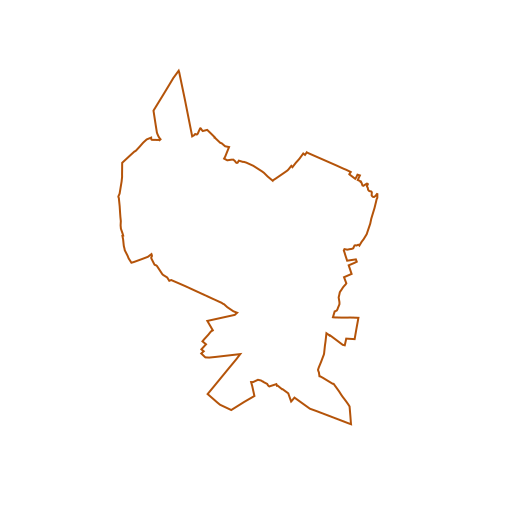 Chisineu-Cris, Arad, Romania (Equal Earth projection), rotated 316°
{"feature_id": "2599482B81986259472727", "entity_name": "Chisineu-Cris", "entity_type": "district", "adm_level": 2, "iso_a3": "ROU", "parent_name": "Romania", "parent_adm1": "Arad", "projection": "equal_earth", "projection_center": [21.526, 46.496], "detail": "fine", "context": "isolated", "style": "outline", "palette": "amber", "viewbox_px": 512, "rotation_deg": 316, "n_neighbors": 0, "source": "geoboundaries", "source_scale": "gbopen_adm2", "svg_char_len": 4609}
<svg xmlns="http://www.w3.org/2000/svg" viewBox="0 0 512 512"><g transform="rotate(316 256 256)"><path d="M216.7,431.8L217.6,430.7L218.8,429.2L219.3,426.7L219.8,423.5L220.2,420.3L220.5,417.5L220.9,415.1L221.7,411.2L222.5,405.7L222.7,404.0L223.0,402.3L223.0,401.8L222.4,401.2L219.5,390.1L218.6,387.2L218.3,386.9L218.1,386.6L219.2,385.1L220.4,383.4L221.1,381.7L221.5,381.0L222.0,380.7L223.9,379.7L229.2,377.4L233.2,375.5L236.4,374.0L237.4,373.3L243.5,368.2L246.6,365.8L253.0,360.5L253.3,362.0L253.7,364.5L254.1,364.4L254.5,366.6L255.6,373.4L256.4,378.5L256.7,380.2L257.8,381.9L260.1,380.4L262.5,378.8L263.5,378.1L269.2,384.3L277.7,378.1L285.5,372.5L286.4,371.8L286.7,371.6L283.1,367.8L281.0,365.7L275.8,360.8L269.4,354.3L268.8,353.5L274.1,350.5L274.8,350.9L276.4,351.3L277.6,350.9L279.2,350.1L280.9,349.4L282.6,348.6L284.0,347.1L286.4,343.6L286.7,343.2L289.2,341.6L291.1,340.3L291.8,340.1L293.8,339.7L296.8,339.0L298.4,338.8L300.6,338.7L302.0,338.4L304.6,332.4L312.3,335.3L316.2,327.1L322.2,329.4L324.5,330.1L325.5,327.8L318.3,322.7L319.4,320.4L320.9,317.3L322.1,315.0L323.0,313.0L324.4,312.5L326.1,314.9L328.5,316.4L328.8,316.7L329.8,317.4L331.3,318.0L333.0,317.3L334.2,316.9L334.6,317.1L335.0,317.4L335.6,318.3L336.8,318.7L337.3,318.9L337.7,319.3L337.6,320.2L337.6,320.3L341.0,319.4L342.1,319.1L345.0,318.7L350.8,317.2L352.5,316.3L360.6,312.1L364.9,309.2L374.6,303.8L380.3,300.2L382.1,299.0L383.7,298.4L386.3,295.8L386.1,295.4L383.8,295.8L382.0,295.6L381.3,294.9L381.1,293.8L381.3,292.7L383.6,290.6L383.7,289.6L382.6,288.0L382.6,287.0L382.7,286.1L383.6,284.9L383.9,284.2L384.1,283.2L384.4,282.7L385.7,282.3L386.4,282.0L386.4,281.5L386.0,280.9L384.1,280.5L382.0,280.1L381.6,279.2L382.2,277.9L382.9,276.3L382.7,275.5L383.2,275.2L382.0,272.0L386.7,270.2L385.5,268.0L382.8,269.0L382.1,269.2L381.0,269.4L379.9,262.3L379.9,262.0L380.2,261.9L382.5,261.4L382.3,260.8L380.6,256.2L379.8,254.5L378.6,251.5L376.8,246.9L371.8,234.7L366.9,222.8L364.5,216.9L364.5,216.7L361.5,217.3L361.2,215.1L354.8,216.2L352.5,216.4L349.5,216.6L343.9,217.4L344.0,215.7L339.4,216.3L337.9,216.3L334.7,215.8L324.0,214.0L320.5,213.3L320.3,213.4L319.6,206.9L319.5,201.7L319.1,199.3L316.7,189.2L313.9,182.1L312.7,179.9L312.0,179.3L309.9,175.5L307.6,176.1L306.9,175.8L306.6,175.2L306.6,174.6L306.8,173.0L306.6,170.9L305.3,169.7L301.8,167.2L300.7,163.8L302.9,163.1L312.3,158.9L310.0,155.6L309.6,151.0L308.9,149.8L308.6,142.9L308.4,142.2L308.8,142.1L308.7,137.1L308.5,131.4L304.5,129.1L304.5,128.4L304.7,126.8L304.9,126.1L304.8,125.6L304.4,125.4L301.1,126.7L299.5,127.4L298.6,127.6L297.8,127.5L297.0,126.0L296.4,126.0L296.1,126.1L295.8,126.2L294.9,126.0L294.1,125.8L293.2,125.6L313.3,94.4L328.3,70.6L328.5,70.2L329.1,69.0L321.0,70.4L320.7,70.4L311.4,72.9L302.3,75.3L283.3,80.2L283.1,80.4L274.7,92.3L270.5,98.3L269.8,99.8L268.9,102.3L268.5,104.2L268.4,105.7L267.0,105.7L266.9,105.3L266.7,105.0L266.2,104.5L265.0,103.3L262.1,100.4L261.8,100.1L261.7,99.8L261.7,99.7L261.8,99.2L262.1,98.8L262.8,98.0L258.8,96.4L258.3,96.2L257.7,96.2L254.6,96.1L253.4,96.1L250.9,96.3L248.6,96.5L243.4,96.8L242.3,96.8L242.1,96.8L241.8,96.7L241.4,96.4L234.4,96.2L224.5,96.0L223.3,97.2L216.3,104.3L214.6,106.1L211.0,109.1L201.2,116.4L198.5,117.5L198.1,117.8L197.6,119.0L192.5,125.5L188.0,130.8L185.5,133.8L183.0,137.0L179.9,139.9L177.8,142.5L175.7,147.0L174.6,149.1L173.9,148.7L171.9,151.8L168.3,156.4L167.6,157.4L166.6,159.2L165.6,160.7L163.8,166.6L162.7,169.3L161.7,174.3L164.0,175.5L170.3,178.3L172.1,179.1L177.7,181.5L182.1,182.0L181.8,182.7L181.2,183.7L179.6,184.3L179.1,184.9L178.6,186.4L177.0,191.6L177.0,192.0L177.7,193.4L177.8,194.4L176.5,201.3L176.0,203.9L176.0,204.9L176.4,206.6L177.2,209.7L176.4,213.6L177.4,214.0L178.3,214.4L181.6,222.3L184.2,228.6L195.3,257.1L198.8,266.0L199.0,267.3L199.5,268.4L199.8,272.8L201.3,280.0L203.0,283.7L199.8,283.6L175.9,268.9L173.3,279.5L172.7,279.4L172.5,279.0L170.1,279.1L167.1,279.5L160.8,279.9L158.2,280.2L158.7,284.8L151.9,285.2L152.2,288.2L148.9,288.1L149.1,293.2L149.2,293.8L151.7,296.5L156.9,300.6L176.5,315.6L170.0,316.6L158.2,317.9L134.2,320.7L125.3,321.7L126.1,330.8L126.4,334.4L126.8,338.0L131.2,349.6L146.3,352.8L157.6,355.6L162.9,347.0L164.9,343.3L166.4,344.7L171.4,346.4L173.1,349.0L173.6,350.9L173.9,351.4L173.8,351.7L174.3,353.2L175.2,355.8L175.0,356.5L174.8,357.3L174.8,358.0L174.8,358.4L175.0,359.1L181.6,362.3L181.4,362.7L180.9,363.9L181.5,364.2L182.2,369.9L182.6,370.2L183.6,376.0L183.8,377.2L180.2,385.1L180.4,385.1L185.3,384.6L187.4,396.2L188.7,403.3L191.9,409.8L193.9,414.1L205.7,439.3L206.5,441.0L207.5,443.0L207.8,442.6L212.7,436.7L216.7,431.8Z" fill="none" stroke="#b45309" stroke-width="2"/></g></svg>